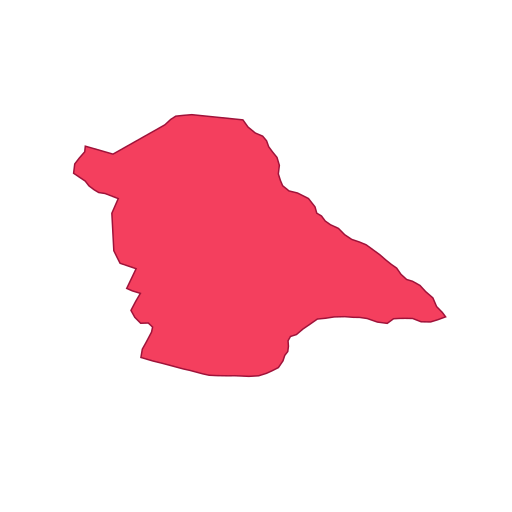 the district of Lamarão, Bahia, Brazil, rotated 285°
{"feature_id": "56859067B14062701434656", "entity_name": "Lamarão", "entity_type": "district", "adm_level": 2, "iso_a3": "BRA", "parent_name": "Brazil", "parent_adm1": "Bahia", "projection": "natural_earth1", "projection_center": [-38.916, -11.798], "detail": "fine", "context": "isolated", "style": "filled", "palette": "rose", "viewbox_px": 512, "rotation_deg": 285, "n_neighbors": 0, "source": "geoboundaries", "source_scale": "gbopen_adm2", "svg_char_len": 1587}
<svg xmlns="http://www.w3.org/2000/svg" viewBox="0 0 512 512"><g transform="rotate(285 256 256)"><path d="M384.1,208.1L375.9,157.4L373.0,149.3L370.3,142.3L365.9,138.3L359.1,134.0L317.4,91.5L317.9,62.7L312.3,63.6L305.0,60.0L298.0,57.1L288.7,58.4L286.0,66.3L284.2,71.6L280.5,76.5L278.1,82.4L276.6,87.6L277.3,94.0L275.8,108.1L260.0,105.7L224.3,117.3L218.6,122.3L213.8,126.6L212.7,143.5L191.2,139.5L190.3,145.6L190.0,154.0L180.9,151.5L171.1,149.3L165.4,154.8L161.2,162.0L163.4,169.3L160.6,174.5L155.5,174.8L149.3,173.4L143.7,172.1L136.6,170.3L128.2,171.1L127.9,183.5L128.1,192.9L128.1,206.6L128.1,215.1L128.4,221.6L128.4,227.2L128.4,235.1L128.7,241.6L130.3,249.0L133.1,260.2L134.8,266.2L136.1,272.0L137.9,280.3L141.0,289.6L145.4,296.5L149.1,301.0L154.0,306.5L161.7,309.2L167.4,309.5L172.0,311.4L177.2,310.7L182.4,308.9L187.2,310.1L190.6,315.4L197.7,320.3L204.1,325.8L211.0,331.6L213.8,339.1L217.4,347.3L220.4,357.5L222.0,366.0L223.5,371.9L224.4,379.6L223.6,390.3L224.9,400.2L231.0,405.1L232.8,410.6L234.4,416.2L236.2,423.5L235.2,432.5L237.5,441.7L241.5,448.1L246.3,454.9L249.7,450.6L253.9,443.5L261.3,437.7L265.5,429.1L270.0,422.0L272.1,413.7L272.3,407.6L275.8,400.8L280.7,395.0L282.9,388.9L285.8,382.3L289.2,375.4L292.1,367.9L295.3,359.6L296.3,352.2L296.8,344.2L299.5,336.2L304.0,328.5L305.5,319.7L307.7,313.8L311.6,308.9L313.1,303.6L318.7,300.3L325.1,291.8L327.6,279.8L327.4,271.0L330.8,263.5L335.3,260.0L341.1,256.3L349.6,255.1L356.6,250.8L360.9,244.9L364.8,240.0L370.0,236.4L373.5,231.4L374.6,223.5L378.5,214.9L384.1,208.1Z" fill="#f43f5e" stroke="#9f1239" stroke-width="1.5"/></g></svg>